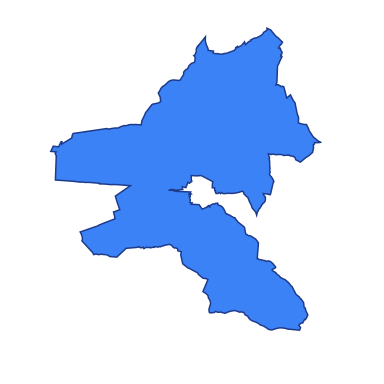 Santiago Miahuatlán, Puebla, Mexico, rotated 82°
{"feature_id": "50627088B95551626553051", "entity_name": "Santiago Miahuatlán", "entity_type": "district", "adm_level": 2, "iso_a3": "MEX", "parent_name": "Mexico", "parent_adm1": "Puebla", "projection": "robinson", "projection_center": [-97.421, 18.55], "detail": "fine", "context": "isolated", "style": "filled", "palette": "blue", "viewbox_px": 384, "rotation_deg": 82, "n_neighbors": 0, "source": "geoboundaries", "source_scale": "gbopen_adm2", "svg_char_len": 5985}
<svg xmlns="http://www.w3.org/2000/svg" viewBox="0 0 384 384"><g transform="rotate(82 192 192)"><path d="M94.9,92.6L79.1,89.8L77.1,88.3L74.3,86.6L70.6,84.1L69.8,85.3L68.8,84.3L68.5,84.8L66.4,83.3L63.4,84.5L61.9,84.5L61.7,85.2L62.0,85.6L61.5,86.3L59.8,85.3L58.3,83.3L56.3,81.5L50.9,85.6L49.8,87.0L42.4,91.6L40.3,95.0L42.2,95.1L43.9,98.9L45.7,100.2L46.9,102.6L47.7,104.7L48.3,106.8L48.3,109.0L49.7,112.8L50.5,112.7L50.9,114.7L53.5,118.6L50.6,119.1L53.9,122.7L55.1,126.6L54.2,126.7L55.2,128.7L56.0,128.5L57.7,130.5L59.5,138.6L59.3,140.9L59.7,143.0L59.4,144.9L58.6,147.2L58.1,150.2L57.1,151.9L55.5,151.1L54.0,156.3L52.1,156.2L48.3,157.3L44.3,157.8L40.2,157.1L48.0,165.3L47.8,165.3L48.4,165.9L48.4,166.2L50.6,167.7L51.2,167.9L53.4,168.2L55.2,169.1L57.0,170.4L57.1,171.2L58.5,170.4L59.5,170.2L62.6,170.9L63.7,171.4L64.2,172.8L64.5,174.4L65.1,175.5L66.7,177.6L68.2,178.4L69.2,179.1L70.1,181.2L71.5,183.0L72.3,183.6L74.6,184.0L79.5,188.2L79.7,189.4L78.4,195.1L78.6,197.5L79.3,199.7L82.6,204.3L83.2,205.9L84.2,207.5L85.8,208.9L87.9,210.2L88.7,211.3L89.3,211.6L93.6,210.3L98.0,210.4L99.2,212.8L99.5,218.5L99.9,219.6L107.0,226.9L110.0,228.7L114.3,231.6L118.5,233.0L117.2,238.8L117.3,239.2L116.6,243.7L116.8,245.9L117.2,247.9L116.8,250.1L117.4,253.5L118.3,256.2L117.9,259.9L118.0,266.5L117.3,267.4L117.5,301.6L119.0,302.6L121.8,303.6L126.4,314.2L124.1,313.8L123.9,314.6L128.7,317.8L127.3,323.0L132.1,326.2L133.4,321.0L134.9,322.1L136.6,321.6L136.9,321.3L161.1,325.6L164.7,308.8L166.7,301.3L166.8,299.5L167.7,296.2L168.1,292.9L170.5,282.3L171.1,282.5L172.0,277.1L173.3,271.8L174.1,265.9L177.2,252.2L185.4,268.5L192.4,267.4L199.5,266.0L200.0,268.7L200.7,271.2L200.7,272.4L207.8,271.9L211.7,288.5L212.3,289.4L216.0,308.3L219.4,307.2L221.3,307.0L223.4,307.0L225.1,307.8L238.2,298.8L240.3,298.1L240.1,295.2L241.1,293.2L240.9,291.1L242.4,284.9L244.5,282.3L246.0,275.5L238.6,265.0L239.2,254.3L238.8,252.9L239.2,252.4L238.9,251.6L239.3,251.3L239.8,251.1L240.1,250.6L240.2,249.4L239.9,248.0L240.9,247.8L241.4,247.5L240.3,245.0L240.7,244.4L240.9,243.6L240.7,242.0L241.2,241.7L241.5,240.9L241.3,238.2L241.0,237.6L241.6,236.9L240.9,236.2L240.9,235.7L241.3,235.3L241.3,234.8L241.9,233.2L241.4,232.0L241.9,231.1L241.4,229.4L241.5,228.9L241.1,227.9L241.3,227.3L241.0,227.0L240.9,226.1L240.8,221.5L241.5,220.3L242.7,219.0L243.1,219.0L243.9,218.5L245.1,217.0L245.0,216.0L246.0,214.3L248.3,214.2L249.7,210.9L252.8,211.9L261.8,211.2L266.6,206.7L267.6,204.8L271.7,199.4L272.2,198.3L273.1,197.6L274.4,197.2L278.9,193.1L279.9,189.7L280.9,188.4L292.1,195.0L293.0,194.2L294.0,192.7L296.7,190.6L299.0,190.5L302.2,189.3L304.8,189.0L310.3,191.5L313.2,191.7L313.9,191.4L314.3,190.4L314.4,187.1L314.3,186.4L313.6,185.3L313.8,184.6L314.4,183.9L314.7,183.0L315.0,179.7L315.4,179.3L316.6,176.5L316.5,175.0L316.0,173.9L315.4,170.1L315.3,166.3L316.5,163.4L317.2,162.6L317.6,161.4L317.6,159.9L318.4,157.6L320.2,156.7L320.9,156.6L322.9,154.0L325.0,153.2L326.8,151.8L327.8,150.5L330.0,146.5L331.1,144.9L333.3,142.7L334.4,140.2L336.6,137.5L338.4,135.6L339.2,134.2L339.7,132.0L338.9,127.3L338.7,124.8L338.8,123.1L339.9,118.7L341.0,116.5L343.8,104.7L341.4,103.4L338.6,104.8L336.9,101.9L337.2,100.7L333.9,98.3L334.2,97.5L334.1,97.4L332.3,95.8L331.8,95.8L329.9,94.4L325.4,95.8L322.8,96.0L321.7,97.0L317.0,96.9L313.2,98.8L312.2,99.8L310.9,100.3L307.9,103.2L299.6,106.1L298.8,106.9L295.0,109.1L291.6,112.2L290.7,113.9L289.0,116.1L287.3,117.3L284.8,119.7L283.7,120.1L282.6,121.3L282.1,122.2L280.5,123.6L280.1,123.4L279.8,123.0L279.2,121.1L278.5,119.7L277.7,119.8L274.6,121.6L272.4,123.3L271.5,124.5L270.9,125.9L270.8,126.6L271.1,127.2L271.1,128.1L270.2,129.0L268.2,134.8L267.2,135.9L267.1,136.7L251.6,133.3L247.5,135.5L244.0,139.6L243.2,141.1L243.1,142.2L241.7,143.6L241.4,144.4L239.3,144.8L235.3,144.8L234.1,145.1L232.0,146.9L228.6,150.3L224.0,153.1L223.4,153.1L223.3,154.1L220.0,158.2L218.5,160.6L218.7,160.8L217.3,161.8L215.6,162.1L212.7,163.1L210.8,164.3L209.3,166.0L208.6,167.9L206.6,168.1L206.6,170.5L206.9,170.6L206.8,173.0L207.4,174.9L208.1,176.1L209.1,176.4L207.7,177.2L208.5,178.8L208.9,178.6L210.4,184.3L205.5,186.8L204.1,194.3L202.8,193.4L202.4,195.4L199.6,194.8L195.9,195.3L196.2,194.3L194.3,194.1L193.6,196.1L193.8,193.1L192.7,193.9L191.8,193.3L189.1,208.0L187.6,211.0L187.1,214.1L186.7,213.7L186.8,213.0L186.6,212.3L187.0,210.3L188.0,207.9L188.2,200.9L187.9,201.1L185.5,200.8L186.8,197.4L181.8,194.7L183.0,193.4L182.0,192.0L182.0,191.5L181.3,190.6L180.1,191.0L175.6,190.5L176.7,185.0L177.0,180.6L184.6,170.0L186.9,170.7L190.7,171.3L191.0,169.0L193.8,169.3L194.0,168.7L196.0,168.7L196.8,168.4L197.1,166.5L196.2,165.6L197.6,163.9L196.5,163.1L197.8,161.7L198.2,159.6L198.3,156.0L199.0,152.7L199.1,149.0L198.9,145.9L198.2,142.0L199.3,141.0L201.1,140.9L201.9,140.0L203.2,139.4L205.1,137.5L209.6,136.4L212.7,135.3L216.3,134.6L220.8,131.7L223.9,131.2L220.8,130.0L220.2,129.3L217.8,127.6L217.3,126.8L215.9,125.6L214.2,124.6L214.1,124.1L212.7,122.7L212.6,122.2L211.6,121.1L209.9,120.4L208.0,120.1L206.8,120.2L206.1,120.9L204.5,121.6L203.4,121.6L203.7,121.0L204.4,118.0L205.6,115.0L204.1,114.1L202.5,113.7L201.9,113.3L194.0,110.3L193.2,109.5L191.9,109.7L188.5,111.0L186.0,112.7L185.4,112.8L184.8,112.7L183.5,111.9L180.9,111.9L178.8,111.4L178.5,111.6L172.0,110.8L170.0,111.0L169.5,110.6L168.3,110.4L166.2,111.1L164.9,111.1L165.3,110.3L165.2,109.7L165.9,108.7L165.9,108.0L165.6,107.7L166.0,105.7L166.9,103.2L166.8,102.4L167.1,99.4L167.6,97.7L168.6,96.1L168.7,93.0L169.1,91.5L169.0,90.3L169.5,90.2L170.0,89.4L170.4,87.5L170.7,87.1L171.1,86.9L171.2,86.2L171.8,85.5L172.4,85.1L174.5,84.8L177.5,80.6L173.5,74.0L172.3,71.2L169.6,67.1L165.2,65.5L162.2,65.3L161.9,64.6L161.4,64.0L160.2,63.9L160.7,60.1L160.7,57.8L160.2,58.1L159.2,59.9L154.7,63.9L153.5,64.7L147.0,67.7L146.2,67.6L141.1,69.3L140.8,71.0L140.0,73.7L138.3,77.0L133.7,76.2L132.7,76.2L128.7,77.0L117.9,77.6L115.8,78.9L109.5,81.0L112.1,85.1L100.8,86.4L99.8,87.8L100.1,89.0L99.3,90.0L99.1,89.9L97.6,92.0L97.7,94.0L94.9,92.6Z" fill="#3b82f6" stroke="#1e3a8a" stroke-width="1.5"/></g></svg>